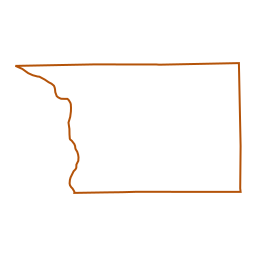 Carroll, Illinois, United States of America (Albers equal-area conic projection)
{"feature_id": "52423323B13226465983213", "entity_name": "Carroll", "entity_type": "district", "adm_level": 2, "iso_a3": "USA", "parent_name": "United States of America", "parent_adm1": "Illinois", "projection": "albers", "projection_center": [-90.126, 42.064], "detail": "fine", "context": "isolated", "style": "outline", "palette": "amber", "viewbox_px": 256, "rotation_deg": 0, "n_neighbors": 0, "source": "geoboundaries", "source_scale": "gbopen_adm2", "svg_char_len": 830}
<svg xmlns="http://www.w3.org/2000/svg" viewBox="0 0 256 256"><path d="M238.9,63.1L159.1,64.7L156.8,64.5L94.2,64.4L15.4,65.9L22.3,68.9L28.1,73.1L32.7,75.2L37.5,76.5L39.4,76.7L44.8,79.6L48.6,82.2L51.5,83.7L53.9,85.7L54.6,87.4L55.0,89.1L55.3,92.2L56.7,96.1L58.2,97.4L60.6,98.6L61.7,98.8L67.5,98.9L68.8,100.2L70.4,102.9L70.8,104.3L71.0,107.9L70.9,111.5L70.2,116.9L68.5,122.6L69.4,128.9L69.5,134.4L69.8,138.7L70.2,139.5L71.8,140.8L73.5,143.0L74.4,144.2L74.6,144.8L75.1,146.1L75.3,148.0L75.7,149.3L77.2,151.7L78.1,154.6L78.5,157.3L78.3,160.8L76.4,164.6L76.3,167.8L75.5,169.3L73.6,171.3L70.6,177.4L69.9,179.9L69.6,183.4L70.0,185.3L71.2,187.2L72.5,188.5L74.0,191.0L74.4,191.9L74.3,192.9L105.8,192.4L122.2,192.2L132.8,191.9L136.1,191.8L240.6,191.9L240.2,188.4L240.6,146.1L238.9,63.1Z" fill="none" stroke="#b45309" stroke-width="2"/></svg>